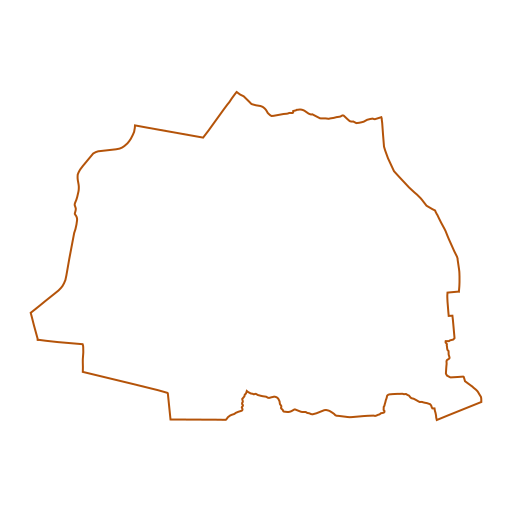 Tulca, Bihor, Romania
{"feature_id": "2599482B1784153008290", "entity_name": "Tulca", "entity_type": "district", "adm_level": 2, "iso_a3": "ROU", "parent_name": "Romania", "parent_adm1": "Bihor", "projection": "natural_earth1", "projection_center": [21.788, 46.781], "detail": "fine", "context": "isolated", "style": "outline", "palette": "amber", "viewbox_px": 512, "rotation_deg": 0, "n_neighbors": 0, "source": "geoboundaries", "source_scale": "gbopen_adm2", "svg_char_len": 6026}
<svg xmlns="http://www.w3.org/2000/svg" viewBox="0 0 512 512"><path d="M481.3,402.0L481.3,400.2L481.2,398.1L480.9,396.8L479.1,393.9L478.3,392.5L477.6,391.4L476.2,389.9L475.0,388.9L473.5,387.7L472.6,386.8L465.0,381.2L464.4,379.0L463.7,376.9L463.2,376.6L457.6,377.0L450.7,377.4L450.0,377.2L447.0,375.6L446.0,373.8L445.9,373.4L446.3,367.2L446.4,366.0L446.6,364.0L446.6,363.2L446.5,361.6L446.5,361.3L446.7,360.6L446.9,360.2L447.2,359.9L448.7,359.0L449.3,358.4L449.5,358.0L449.5,357.4L449.3,356.7L448.8,355.1L448.6,354.2L448.6,352.0L448.5,351.2L448.4,350.8L447.6,350.1L447.4,349.7L447.1,348.1L447.0,346.7L446.8,345.6L446.7,345.1L446.8,344.9L446.9,344.5L446.8,343.9L446.4,343.4L445.8,342.8L445.6,342.5L445.6,341.6L445.7,341.1L449.0,341.1L449.8,340.5L450.2,340.3L452.8,339.7L453.3,339.5L454.5,338.2L454.5,337.8L452.9,319.9L452.4,315.7L448.7,315.9L448.3,311.6L447.9,306.5L447.5,301.6L447.3,297.0L447.3,295.4L447.5,292.6L458.3,291.6L458.9,291.7L459.3,286.8L459.4,285.0L459.5,282.0L459.5,277.5L459.5,276.7L459.4,273.2L459.3,271.5L459.0,269.0L457.6,259.5L457.6,259.1L457.6,258.7L457.0,256.7L454.2,251.1L448.7,238.8L447.7,236.4L445.5,230.9L444.5,228.9L441.2,222.8L438.8,218.0L437.4,215.0L436.9,214.3L435.6,211.8L435.1,210.5L432.3,209.1L426.5,205.7L421.8,199.6L420.6,198.2L419.4,197.0L417.0,194.6L414.4,192.4L409.0,187.4L399.0,176.7L394.0,171.2L388.0,158.3L385.9,152.5L385.1,150.3L384.0,146.6L383.0,134.2L382.2,123.1L381.9,120.7L381.8,120.0L381.7,118.5L381.3,117.2L374.9,119.2L374.1,119.1L372.6,118.6L370.2,119.0L367.1,119.8L363.7,121.7L361.4,122.3L359.0,122.8L356.3,123.1L354.4,122.1L353.2,121.5L352.1,121.6L351.0,121.5L349.7,121.1L347.5,119.2L343.8,115.7L343.3,115.5L342.7,115.4L342.0,115.6L340.8,116.3L340.2,116.6L337.7,117.0L336.7,117.1L333.7,117.9L330.3,118.4L328.7,118.8L325.5,118.4L321.2,118.4L320.0,118.3L312.3,114.3L311.2,114.5L310.3,114.3L308.6,113.6L304.7,110.9L303.8,110.4L302.5,109.9L300.7,109.5L299.6,109.5L297.8,109.8L296.8,109.8L295.8,110.4L293.2,111.0L293.1,112.6L292.4,113.0L291.0,113.0L290.0,112.9L289.1,113.0L288.2,113.4L287.0,113.7L283.5,114.0L280.8,114.5L273.7,115.8L271.6,116.0L270.3,115.3L268.7,113.9L267.7,112.9L267.0,111.6L266.1,110.1L265.2,109.0L264.4,108.2L263.5,107.5L262.7,106.9L261.5,106.4L260.4,106.0L256.0,105.3L253.4,104.6L251.7,104.1L251.1,103.7L249.9,102.4L243.7,96.3L242.7,95.8L240.2,94.6L236.6,92.0L234.8,94.3L231.8,98.4L229.3,102.2L227.4,104.5L223.6,109.6L208.4,130.7L203.1,137.6L147.0,127.6L135.0,125.4L134.8,128.0L134.1,131.9L132.8,134.9L130.8,138.8L129.1,141.3L127.4,143.4L124.3,146.1L122.0,147.6L119.6,148.6L116.0,149.3L98.2,151.3L95.8,152.1L93.2,153.5L82.9,165.9L80.4,169.2L79.7,170.3L78.9,171.8L78.4,172.8L77.7,174.7L77.6,176.5L77.6,178.1L77.8,180.1L78.6,184.6L78.8,186.4L78.8,188.2L78.7,190.0L78.4,191.8L77.2,197.0L76.3,199.9L75.1,202.8L74.8,203.8L74.7,204.3L74.7,205.1L75.6,207.8L75.8,208.7L75.7,210.1L75.3,211.7L74.9,213.1L74.8,213.9L75.4,214.9L76.1,215.9L76.6,216.9L77.0,218.3L77.1,219.5L77.0,220.8L76.7,222.8L76.5,224.3L76.1,226.2L75.4,229.3L74.2,232.9L69.3,258.7L66.4,275.3L65.4,280.0L64.0,283.3L62.5,286.0L61.0,287.9L58.5,290.5L53.9,294.2L45.6,300.8L38.4,306.7L30.7,312.8L32.0,317.7L33.9,325.2L36.9,336.1L37.6,338.7L37.6,339.9L37.9,340.0L38.2,340.0L38.5,339.8L46.1,340.8L58.0,342.1L82.6,344.2L83.0,345.4L83.2,347.0L83.3,352.2L83.2,353.9L82.8,359.3L82.8,362.4L82.9,366.7L82.9,367.9L82.8,371.9L131.7,383.7L157.7,390.1L164.1,391.9L167.5,392.9L167.8,393.4L167.9,394.0L170.5,419.5L216.6,419.7L224.3,419.8L225.8,419.8L226.6,419.0L227.5,417.8L227.8,417.3L228.2,417.0L229.1,416.3L230.0,415.6L231.5,414.9L234.2,414.0L234.7,413.7L235.7,412.9L237.1,412.3L238.3,411.8L241.5,410.8L241.7,410.7L242.1,410.4L242.3,410.1L242.4,409.8L242.5,409.6L242.4,409.0L242.3,408.5L241.9,407.7L241.8,407.3L241.9,407.1L242.0,406.9L242.8,405.9L242.9,405.7L242.9,405.3L242.8,404.9L242.2,404.2L242.1,403.6L242.1,403.3L242.1,403.1L242.2,402.8L242.6,402.3L242.7,401.9L242.8,401.5L242.7,401.1L242.6,400.3L242.3,399.6L242.3,399.2L242.3,398.8L242.4,398.7L243.3,397.7L244.4,396.3L244.5,395.9L244.6,395.5L244.6,395.2L244.7,394.8L244.9,394.5L245.7,393.8L245.9,393.6L246.3,392.6L246.8,391.0L247.7,391.8L250.8,393.5L252.7,393.8L253.7,394.3L254.3,394.2L255.1,393.9L255.9,393.9L257.0,394.5L257.8,395.0L258.5,395.2L259.4,395.4L260.4,395.7L262.6,396.2L265.4,396.6L266.4,396.8L267.6,397.6L268.2,397.8L269.1,397.9L270.0,397.7L271.3,397.3L272.8,397.0L273.9,396.7L274.7,396.7L275.5,396.9L276.4,397.2L277.4,397.8L278.3,398.8L278.5,399.2L279.3,400.8L279.6,401.6L279.8,403.3L280.1,404.4L280.8,405.2L281.3,406.1L281.3,407.0L281.1,407.5L281.0,408.0L281.3,408.4L281.6,408.9L282.4,409.6L282.8,410.0L283.0,410.6L283.2,411.0L283.4,411.3L283.9,411.6L286.6,411.9L287.6,412.0L288.4,412.0L289.5,411.8L290.6,411.5L291.7,411.0L294.3,409.5L294.9,409.4L295.5,409.6L300.8,411.7L301.6,411.9L302.5,412.0L305.4,412.0L305.9,412.1L306.6,412.6L307.5,413.0L308.2,413.1L308.9,413.2L309.8,413.5L310.8,414.0L311.7,414.2L312.6,414.3L316.4,413.3L324.2,410.2L324.9,410.1L326.0,410.0L327.0,410.2L328.6,410.6L329.8,411.1L331.6,412.2L333.1,413.2L334.2,414.0L335.3,415.2L336.2,415.6L337.0,415.8L337.9,415.8L345.2,416.7L347.4,417.0L349.7,417.2L351.8,417.1L359.9,416.4L363.2,416.1L367.7,415.8L373.5,415.6L374.9,415.9L375.4,415.9L376.3,415.6L378.1,414.8L379.5,414.4L380.2,413.9L380.8,413.3L383.2,412.8L383.8,412.6L384.3,412.2L384.4,411.7L384.5,411.1L383.6,409.9L383.6,409.4L383.7,408.1L383.7,407.3L383.8,406.7L384.3,406.0L384.5,405.4L384.7,404.4L385.3,402.4L385.9,399.9L386.4,398.7L386.8,397.3L387.0,396.1L387.4,395.4L388.2,394.8L389.3,394.4L392.7,394.1L396.7,393.9L402.6,393.8L403.5,394.1L404.0,394.2L406.0,394.0L407.1,394.7L407.8,395.1L408.8,395.5L409.2,395.8L409.7,396.5L410.6,397.6L411.2,398.0L412.1,398.4L413.2,398.6L414.0,398.9L416.6,400.3L418.3,401.3L419.7,402.0L421.5,401.9L422.3,402.0L423.0,402.3L425.1,402.8L426.9,403.1L430.1,404.2L430.5,404.7L431.1,405.4L431.4,406.2L431.8,407.4L432.4,408.4L434.5,408.4L434.9,410.8L435.5,412.8L435.8,414.3L436.0,415.3L436.2,417.5L436.6,419.2L436.8,420.0L448.0,415.4L481.3,402.0Z" fill="none" stroke="#b45309" stroke-width="2"/></svg>